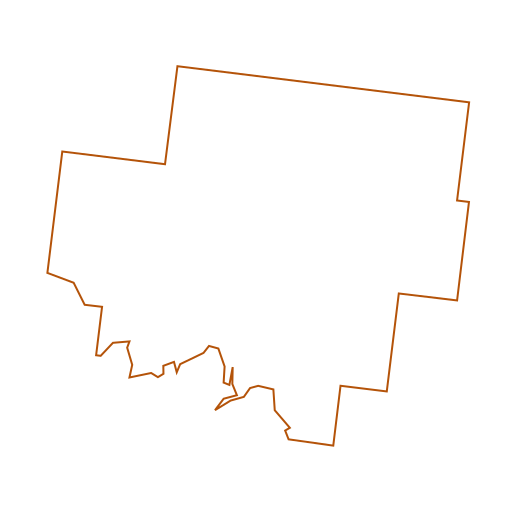 the district of Ramsey, North Dakota, United States of America, rotated 7°
{"feature_id": "52423323B86703523671903", "entity_name": "Ramsey", "entity_type": "district", "adm_level": 2, "iso_a3": "USA", "parent_name": "United States of America", "parent_adm1": "North Dakota", "projection": "robinson", "projection_center": [-98.806, 48.23], "detail": "fine", "context": "isolated", "style": "outline", "palette": "amber", "viewbox_px": 512, "rotation_deg": 7, "n_neighbors": 0, "source": "geoboundaries", "source_scale": "gbopen_adm2", "svg_char_len": 757}
<svg xmlns="http://www.w3.org/2000/svg" viewBox="0 0 512 512"><g transform="rotate(7 256 256)"><path d="M51.0,175.9L51.0,298.2L78.3,304.8L91.9,325.3L109.4,325.2L109.4,374.0L114.0,374.0L124.6,359.6L140.8,356.2L139.3,362.7L146.4,379.1L145.2,392.0L166.2,384.9L173.4,388.2L178.5,384.2L177.4,376.3L187.5,371.1L191.5,381.1L193.9,372.6L215.7,358.6L220.3,351.0L229.9,352.4L238.3,369.5L239.3,385.6L245.3,387.2L246.4,369.1L248.1,385.9L254.0,396.5L241.3,401.6L234.1,414.0L248.4,402.6L261.1,397.3L266.2,387.8L274.0,384.6L289.5,386.3L293.4,406.8L310.5,422.4L306.2,425.7L310.7,434.0L355.8,434.8L355.7,374.5L402.3,374.5L402.3,275.8L461.0,275.6L460.8,176.4L448.8,176.4L448.8,77.5L154.9,77.2L154.5,176.0L51.0,175.9Z" fill="none" stroke="#b45309" stroke-width="2"/></g></svg>